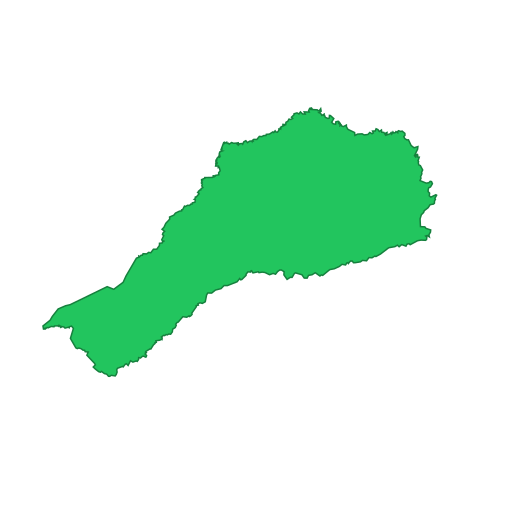 the district of Sanga, Niassa, Mozambique, rotated 38°
{"feature_id": "85939544B99370318353636", "entity_name": "Sanga", "entity_type": "district", "adm_level": 2, "iso_a3": "MOZ", "parent_name": "Mozambique", "parent_adm1": "Niassa", "projection": "robinson", "projection_center": [35.467, -12.288], "detail": "fine", "context": "isolated", "style": "filled", "palette": "green", "viewbox_px": 512, "rotation_deg": 38, "n_neighbors": 0, "source": "geoboundaries", "source_scale": "gbopen_adm2", "svg_char_len": 6077}
<svg xmlns="http://www.w3.org/2000/svg" viewBox="0 0 512 512"><g transform="rotate(38 256 256)"><path d="M215.4,439.1L218.9,437.2L218.8,435.3L218.0,433.0L216.2,431.3L216.0,429.7L218.8,425.2L219.6,425.2L219.6,421.9L220.2,420.7L222.6,421.0L221.6,415.8L224.3,415.4L226.2,412.5L227.3,412.2L227.2,409.9L226.1,408.3L227.8,407.5L228.2,405.1L229.3,404.0L231.1,403.8L231.6,403.1L231.0,401.7L229.0,401.5L229.0,399.6L228.1,399.8L227.9,399.1L229.7,394.4L230.4,394.1L229.9,389.2L230.3,387.1L229.8,386.6L230.6,385.4L229.3,384.4L232.1,381.5L232.5,380.1L233.4,379.8L232.5,378.3L231.3,378.0L232.0,375.4L233.0,375.0L233.5,373.2L234.6,372.9L235.3,371.2L236.9,370.2L236.8,367.3L235.4,365.0L236.4,362.1L235.8,359.7L234.7,359.1L234.7,357.1L235.4,356.0L235.7,348.9L239.1,346.9L240.1,344.4L240.8,344.7L241.4,343.5L241.6,341.4L240.6,340.5L240.2,332.7L239.4,331.9L240.8,330.2L239.6,329.4L240.6,327.4L242.9,326.4L244.2,323.3L241.0,317.0L240.8,314.8L243.9,312.5L245.0,307.8L248.5,303.3L249.0,299.0L251.7,296.9L257.0,287.9L257.0,283.8L258.6,284.2L259.3,283.3L260.1,277.4L259.4,276.5L259.4,273.5L261.6,272.0L261.1,271.2L261.6,270.3L264.0,271.2L267.5,267.0L268.6,267.3L270.8,264.9L273.2,263.5L278.2,262.4L280.2,259.2L282.6,258.3L282.6,255.0L283.3,252.5L284.7,251.4L287.8,251.1L289.6,253.7L294.9,255.3L296.1,251.8L297.6,250.6L297.0,246.2L297.5,245.0L303.7,242.5L307.6,243.7L309.9,242.0L309.3,238.9L311.7,236.3L313.0,232.7L318.7,232.4L319.1,230.7L320.5,230.2L322.5,221.3L325.6,217.8L328.2,212.7L328.9,209.6L332.1,207.9L331.8,205.7L332.5,204.7L333.4,205.1L333.5,201.9L335.1,200.7L336.9,201.3L338.2,200.3L341.9,196.3L342.6,193.9L346.1,191.7L346.0,187.7L348.5,186.0L349.7,182.9L350.8,182.6L352.9,177.8L355.5,167.8L359.7,163.1L360.8,160.4L363.1,160.6L363.8,157.3L368.1,155.9L367.7,153.7L369.1,152.0L370.5,152.2L373.9,144.5L376.3,141.8L379.9,139.3L380.3,138.1L379.0,135.9L377.4,135.8L378.3,134.4L380.8,134.2L379.2,132.9L378.8,129.8L377.6,127.9L372.9,129.6L371.1,129.1L367.5,131.6L362.4,125.7L360.9,121.7L361.3,118.6L360.7,116.7L361.9,112.0L361.6,108.4L363.9,105.8L364.1,104.6L362.8,102.7L362.5,100.9L361.5,100.5L360.9,96.9L360.0,97.0L357.5,102.0L355.5,101.9L354.1,99.6L352.0,99.3L350.8,97.7L350.1,95.9L351.0,94.2L350.5,90.4L348.5,89.3L347.3,89.9L347.1,91.9L345.2,93.8L338.8,95.6L338.1,93.1L336.9,92.3L336.1,89.1L334.9,88.0L334.4,85.6L329.9,83.6L328.3,84.0L326.5,82.7L326.0,81.5L325.0,81.2L323.8,77.6L322.0,78.7L321.4,76.9L320.6,76.6L319.9,77.3L320.5,79.7L319.1,79.4L317.6,72.4L316.2,70.1L313.9,73.4L310.2,73.4L304.6,70.6L303.4,71.6L300.9,71.9L298.9,70.9L299.1,69.2L297.8,67.7L294.2,67.6L293.5,68.7L291.2,69.5L291.0,70.5L291.8,71.6L289.7,71.8L289.8,73.1L288.7,74.3L287.5,73.9L287.9,76.3L286.5,75.6L286.5,77.1L284.4,80.2L283.2,78.0L282.6,78.9L283.2,80.8L280.7,79.9L278.9,81.1L277.3,79.5L276.5,82.0L274.2,81.3L272.3,81.8L273.0,84.1L270.9,85.8L272.7,86.8L272.2,88.2L269.6,88.6L269.4,91.3L266.7,94.0L264.4,94.4L261.0,97.4L259.7,100.1L257.7,98.0L250.4,99.6L247.7,98.5L246.6,97.2L245.2,100.2L243.8,100.8L242.5,100.2L242.0,101.6L240.9,99.7L239.5,99.4L240.0,100.6L239.5,100.6L238.4,99.1L237.8,99.2L236.3,101.1L237.6,103.2L235.4,104.3L233.3,104.0L232.7,99.8L228.2,99.5L227.3,100.0L228.8,102.2L228.1,103.3L225.3,104.1L223.3,102.9L222.8,103.4L222.3,102.4L221.3,104.7L219.1,103.8L217.3,104.3L218.2,101.8L216.3,100.1L216.4,102.3L215.5,103.3L214.3,103.1L208.9,106.8L208.5,106.3L209.0,105.3L208.5,105.2L207.4,106.6L208.0,109.1L209.3,109.8L205.2,112.8L207.4,113.9L205.2,115.4L202.3,115.1L202.4,117.6L200.2,118.0L198.4,120.5L199.0,121.4L198.5,124.8L200.2,125.0L199.5,126.9L197.7,127.8L198.1,130.3L197.3,132.2L198.5,134.1L196.2,135.7L196.7,136.4L197.7,136.1L196.3,138.8L197.1,140.4L196.3,140.2L196.6,141.3L195.8,141.9L196.6,142.6L196.7,145.2L195.5,146.0L194.0,145.6L194.0,147.8L192.9,147.8L191.5,151.7L189.2,153.8L189.7,154.9L187.9,156.4L187.1,158.3L185.0,159.7L184.9,163.7L182.5,165.4L182.1,166.7L182.8,167.1L182.2,167.3L182.5,168.2L181.9,167.9L180.3,169.4L179.5,171.9L177.0,171.4L176.1,173.4L176.7,176.1L175.8,175.9L174.0,177.6L173.8,179.2L172.3,177.7L171.4,178.7L172.0,179.4L170.8,179.3L168.9,181.0L166.9,181.6L166.0,184.4L164.9,184.1L164.0,185.0L162.9,184.3L161.8,186.8L161.1,185.9L160.7,186.5L162.9,193.4L163.4,192.9L163.9,194.6L164.6,194.2L163.4,196.2L163.9,197.7L164.7,198.9L165.4,198.8L165.2,200.2L166.5,200.0L166.4,200.8L165.4,201.1L165.1,203.1L166.2,204.9L165.5,205.2L166.5,206.6L167.1,206.4L167.3,207.4L168.2,206.7L168.5,207.4L167.7,207.9L168.8,210.0L171.0,208.3L171.8,209.6L172.5,208.8L175.3,210.9L175.3,213.4L176.7,214.9L174.4,217.5L174.7,218.0L173.4,218.8L174.0,219.3L173.3,219.6L173.8,219.9L173.3,220.9L167.4,225.7L167.8,226.1L166.2,229.1L166.9,229.3L166.5,229.8L167.0,230.5L168.2,231.0L168.0,232.1L169.6,232.6L170.1,234.1L172.0,234.8L171.3,236.6L171.8,238.0L171.2,238.3L170.8,240.6L171.4,241.1L171.0,241.8L172.8,242.1L172.6,246.3L171.9,246.8L172.8,248.6L172.5,249.3L173.6,249.0L174.8,251.2L173.1,253.3L173.6,254.5L172.7,255.2L172.5,257.1L170.9,258.1L169.9,260.4L168.9,260.7L169.6,264.5L169.0,265.4L169.6,266.2L168.0,267.9L166.1,271.8L166.1,274.4L163.9,278.5L165.3,280.1L164.8,285.8L165.8,290.1L165.5,292.8L168.8,292.8L168.5,295.0L169.1,296.7L170.8,296.8L171.7,301.2L173.1,301.8L174.6,300.4L173.7,302.2L174.0,303.6L172.1,305.4L173.4,307.1L173.6,311.8L171.0,313.8L171.1,318.2L169.2,319.2L168.5,321.7L165.6,323.7L166.0,325.4L165.0,326.1L164.7,328.0L163.7,328.2L164.5,329.0L163.1,331.3L165.9,351.9L167.5,358.5L164.4,369.8L157.6,371.8L139.5,408.8L136.6,412.4L132.7,419.5L132.7,429.1L133.3,433.4L131.2,442.3L133.5,444.4L134.2,443.9L134.2,442.8L134.9,443.1L135.4,440.9L136.4,440.6L138.0,437.6L140.4,436.1L140.2,435.3L142.7,433.1L143.5,433.1L143.4,431.9L145.0,432.3L144.7,431.8L145.4,431.5L146.3,432.1L146.6,431.1L148.3,430.2L149.9,430.4L151.8,427.9L153.0,427.5L152.4,426.7L153.8,424.8L156.7,425.5L160.5,435.2L170.6,439.3L172.2,439.0L173.0,437.6L175.4,436.7L177.6,436.7L179.0,435.8L180.3,436.6L182.9,435.0L183.8,438.3L194.9,440.0L196.4,440.7L196.1,443.7L199.0,444.0L203.3,444.0L205.0,443.3L205.3,442.1L208.9,442.0L211.1,441.0L213.8,441.6L214.8,440.9L215.4,439.1Z" fill="#22c55e" stroke="#15803d" stroke-width="1.5"/></g></svg>